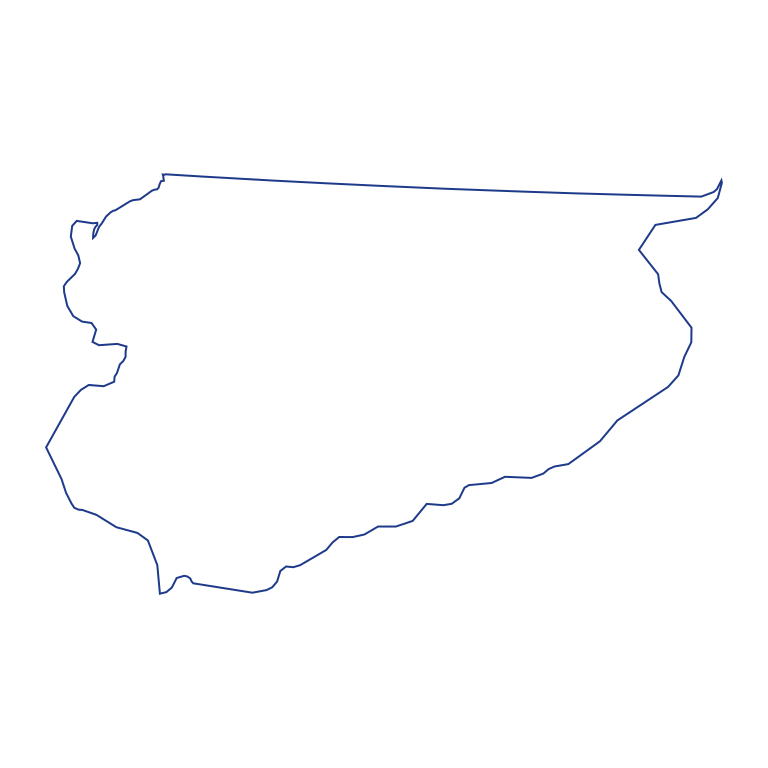 outline of Warmian-Masurian
{"feature_id": "POL-3139", "entity_name": "Warmian-Masurian", "entity_type": "Voivodeship", "adm_level": 1, "iso_a3": "POL", "parent_name": "Poland", "parent_adm1": "", "projection": "albers", "projection_center": [20.397, 53.764], "detail": "fine", "context": "isolated", "style": "outline", "palette": "blue", "viewbox_px": 768, "rotation_deg": 0, "n_neighbors": 0, "source": "natural_earth", "source_scale": "10m", "svg_char_len": 1793}
<svg xmlns="http://www.w3.org/2000/svg" viewBox="0 0 768 768"><path d="M713.7,192.0L717.0,189.1L721.4,180.4L721.9,182.7L717.8,198.0L707.8,209.3L696.0,217.9L655.4,224.9L638.9,249.9L658.1,274.2L659.4,283.5L661.6,292.1L671.2,301.0L691.5,327.7L691.3,342.3L684.3,356.9L678.4,375.4L668.1,386.9L617.4,420.4L599.9,441.3L568.3,464.1L554.5,466.5L548.6,469.1L543.3,473.6L531.6,477.9L505.0,476.8L491.5,483.0L469.0,485.1L464.5,487.7L459.3,498.3L451.7,503.8L443.3,505.2L426.7,503.9L412.7,520.9L396.0,526.5L378.1,526.5L364.4,534.5L352.6,537.1L339.2,537.0L332.5,542.5L326.3,549.9L300.1,565.2L293.3,567.2L286.1,566.5L280.3,571.0L277.1,581.6L272.2,587.3L266.5,590.1L252.4,592.7L193.2,583.3L191.5,581.3L190.3,578.5L187.4,576.5L184.2,575.8L176.7,578.0L171.8,587.6L166.4,592.1L159.9,593.7L157.3,565.1L147.9,540.5L137.6,533.0L116.3,527.2L96.5,514.9L82.2,509.9L78.7,509.7L74.3,507.8L71.5,503.5L66.0,492.7L61.6,479.2L46.1,447.4L74.3,396.8L81.0,389.8L88.8,385.0L103.7,386.2L114.2,381.7L114.6,376.6L116.9,373.2L119.9,364.3L123.3,361.0L125.6,356.8L125.6,351.6L126.5,346.5L117.3,343.9L99.0,345.2L92.5,341.9L96.2,329.6L91.5,323.0L82.1,321.6L73.3,316.2L67.3,305.9L64.2,292.4L63.8,286.3L66.8,281.9L75.0,273.9L77.9,268.9L80.1,263.2L78.3,255.4L74.6,248.6L70.8,236.6L72.2,225.9L76.7,220.9L92.9,223.3L97.2,222.8L97.2,225.1L95.5,226.7L94.1,229.5L93.3,233.3L93.1,237.9L95.6,235.5L99.0,227.0L100.3,225.2L101.4,224.0L106.1,216.5L110.8,212.2L113.2,210.8L115.5,210.2L129.8,201.4L132.8,200.2L140.0,199.3L151.9,190.7L154.4,189.7L157.0,189.4L158.6,187.7L159.6,184.3L161.0,181.2L163.9,180.7L163.6,179.3L163.2,175.9L162.8,174.5L164.8,174.7L165.6,174.3L203.1,176.6L273.6,180.6L326.2,183.3L378.8,185.8L444.0,188.7L523.0,191.6L573.7,193.3L624.4,194.7L667.0,195.8L701.3,196.6L713.7,192.0Z" fill="none" stroke="#1e3a8a" stroke-width="2"/></svg>